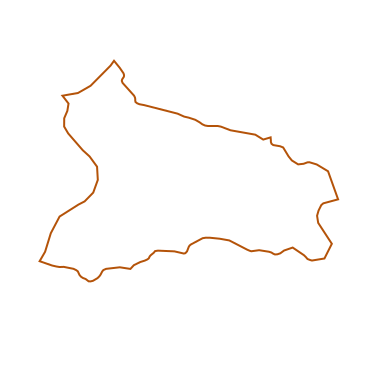 map outline of Lhuntshi (Equal Earth projection), rotated 283°
{"feature_id": "BTN-2483", "entity_name": "Lhuntshi", "entity_type": "District", "adm_level": 1, "iso_a3": "BTN", "parent_name": "Bhutan", "parent_adm1": "", "projection": "equal_earth", "projection_center": [91.057, 27.736], "detail": "fine", "context": "isolated", "style": "outline", "palette": "amber", "viewbox_px": 384, "rotation_deg": 283, "n_neighbors": 0, "source": "natural_earth", "source_scale": "10m", "svg_char_len": 1728}
<svg xmlns="http://www.w3.org/2000/svg" viewBox="0 0 384 384"><g transform="rotate(283 192 192)"><path d="M90.3,59.1L100.7,62.3L120.1,63.7L138.3,68.5L154.2,84.2L158.7,89.5L169.2,95.9L182.6,97.5L195.3,93.8L203.6,84.2L208.1,76.2L221.2,58.2L227.0,52.7L235.1,50.9L243.0,52.3L250.4,51.8L256.7,44.1L262.8,58.6L272.7,69.3L296.8,84.2L302.3,86.5L296.8,93.6L292.2,98.6L290.6,99.5L289.0,99.7L286.0,98.6L284.5,98.6L282.7,99.8L272.8,113.9L271.2,115.2L269.8,115.8L268.4,116.1L267.0,116.7L266.1,118.6L265.7,121.0L265.9,125.8L265.1,160.3L263.7,167.4L263.7,172.1L263.1,178.9L261.6,183.8L260.3,186.8L259.7,189.8L259.9,192.8L262.1,202.3L262.2,205.4L260.8,215.6L262.1,240.8L259.1,249.6L262.9,256.3L259.8,257.3L258.5,257.6L256.9,258.6L256.0,260.6L256.4,267.5L255.9,270.8L248.4,278.1L245.2,282.2L242.8,289.2L244.6,294.4L246.9,297.9L247.4,299.8L246.9,307.3L242.8,319.9L217.7,336.0L210.5,322.5L208.3,320.9L202.4,319.5L197.0,319.2L190.3,321.9L173.0,339.9L157.0,336.0L152.2,324.3L152.3,322.4L152.7,319.6L154.2,317.6L155.6,315.3L160.5,302.6L155.7,294.9L152.1,291.8L150.5,289.2L149.8,286.9L150.1,285.2L150.9,283.0L151.1,280.4L150.4,270.5L147.6,263.1L147.7,261.6L148.2,258.8L151.0,247.9L153.2,239.2L152.7,229.5L151.5,220.0L150.6,215.8L149.4,212.8L140.7,202.8L139.3,201.7L137.9,201.2L133.0,200.5L130.9,199.3L130.2,197.9L130.2,188.2L127.2,172.0L126.1,169.3L124.2,168.4L121.1,166.0L119.8,165.3L117.6,164.8L116.3,163.7L114.5,161.4L112.1,157.3L107.6,151.8L103.2,149.3L102.4,138.6L97.8,125.6L96.0,123.2L94.4,122.4L90.9,121.5L89.0,120.7L86.8,119.3L83.2,115.5L82.1,113.3L81.7,111.4L83.3,107.9L83.7,105.0L84.5,102.9L85.9,101.0L89.0,98.6L89.8,96.8L90.5,93.8L90.2,83.9L89.1,79.8L88.9,76.5L88.9,72.2L90.3,59.1Z" fill="none" stroke="#b45309" stroke-width="2"/></g></svg>